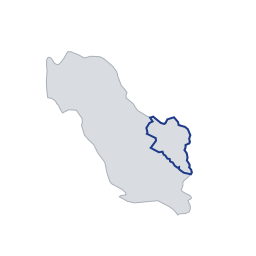 Korçë on a map of Albania (Natural Earth projection), rotated 325°
{"feature_id": "ALB-1521", "entity_name": "Korçë", "entity_type": "County", "adm_level": 1, "iso_a3": "ALB", "parent_name": "Albania", "parent_adm1": "", "projection": "natural_earth1", "projection_center": [20.625, 40.584], "detail": "coarse", "context": "in_parent", "style": "outline", "palette": "blue", "viewbox_px": 256, "rotation_deg": 325, "n_neighbors": 0, "source": "natural_earth", "source_scale": "10m", "svg_char_len": 2105}
<svg xmlns="http://www.w3.org/2000/svg" viewBox="0 0 256 256"><g transform="rotate(325 128 128)"><path d="M83.0,78.1L83.2,74.7L84.1,69.2L83.6,67.4L84.1,64.3L82.5,60.1L79.7,57.1L82.4,51.8L86.3,45.4L89.9,40.3L94.3,35.1L97.2,30.0L100.4,25.6L103.0,24.3L104.4,25.2L105.1,27.1L104.9,32.8L105.8,34.7L107.7,36.2L111.6,35.4L115.9,34.0L121.8,31.1L122.8,31.2L124.9,32.8L129.4,39.6L132.4,45.6L138.3,47.7L141.6,50.1L145.9,53.6L147.9,57.2L150.8,68.2L151.1,74.8L150.3,77.8L149.6,78.6L146.9,89.4L147.5,94.9L147.5,98.5L145.3,99.9L143.8,102.2L146.2,111.2L145.9,115.0L146.0,119.4L150.4,129.4L152.9,132.5L155.2,134.0L158.2,143.2L159.9,144.8L167.0,144.0L170.5,145.0L171.9,147.2L172.2,148.7L171.8,153.9L173.6,157.8L176.0,161.9L175.9,164.5L174.4,168.6L171.5,173.3L167.7,175.2L163.5,176.7L161.5,180.4L160.5,184.4L158.7,187.3L157.5,190.5L155.7,197.1L155.3,199.5L152.5,201.9L148.1,202.9L144.2,203.1L141.5,204.2L140.1,206.5L137.6,208.3L136.1,209.1L136.1,211.1L137.9,215.2L140.0,218.6L140.1,221.4L139.0,222.1L135.8,221.8L135.1,222.8L134.8,225.8L133.9,228.4L132.6,230.0L130.3,231.7L126.1,231.1L122.1,228.5L120.1,227.7L118.9,227.8L118.6,221.5L116.9,216.5L110.7,204.6L90.4,193.1L85.6,187.9L83.5,183.5L81.4,179.4L83.4,179.3L85.4,180.3L88.0,181.6L89.0,179.5L87.9,175.0L82.7,164.5L82.4,161.6L85.0,152.8L89.3,142.9L89.0,130.9L90.4,121.9L89.0,116.0L88.3,108.9L91.4,99.3L94.1,96.9L95.8,93.9L95.9,83.8L89.9,79.0L83.0,78.1Z" fill="#d9dde1" stroke="#a8b0b8" stroke-width="1"/><path d="M152.0,132.3L155.1,133.1L157.8,142.7L159.9,145.4L161.3,145.6L165.2,143.5L171.8,145.6L172.4,152.0L171.1,154.6L175.3,159.7L176.3,163.3L175.0,169.6L171.9,171.9L170.8,174.9L169.4,175.8L165.4,174.9L163.7,177.3L161.6,178.4L161.6,182.5L159.7,186.6L157.6,188.3L157.5,192.7L156.9,194.4L155.5,195.2L155.8,198.4L154.8,201.1L153.0,202.0L148.1,196.7L146.4,192.0L146.3,190.8L147.4,189.3L145.7,188.9L144.6,185.6L144.9,182.1L143.3,179.5L144.4,177.3L142.7,175.7L142.8,171.8L141.9,170.2L142.7,167.2L139.4,165.6L135.2,157.3L143.6,154.5L144.9,152.2L140.1,143.5L141.4,142.8L143.1,138.5L148.4,136.2L151.9,136.8L152.0,132.3Z" fill="none" stroke="#1e3a8a" stroke-width="2"/></g></svg>